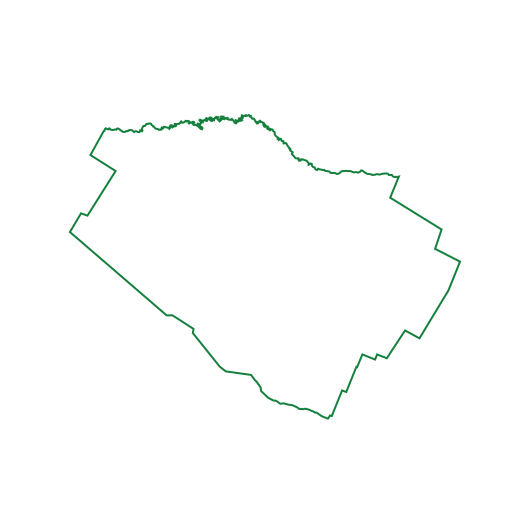 outline of Pelegrini, Santiago del Estero, Argentina, rotated 292°
{"feature_id": "61730980B89830542201766", "entity_name": "Pelegrini", "entity_type": "district", "adm_level": 2, "iso_a3": "ARG", "parent_name": "Argentina", "parent_adm1": "Santiago del Estero", "projection": "natural_earth1", "projection_center": [-63.861, -26.197], "detail": "fine", "context": "isolated", "style": "outline", "palette": "green", "viewbox_px": 512, "rotation_deg": 292, "n_neighbors": 0, "source": "geoboundaries", "source_scale": "gbopen_adm2", "svg_char_len": 6117}
<svg xmlns="http://www.w3.org/2000/svg" viewBox="0 0 512 512"><g transform="rotate(292 256 256)"><path d="M362.4,262.2L362.5,261.6L362.3,261.4L361.0,261.4L360.6,260.3L361.2,260.1L361.1,259.3L362.2,259.0L363.2,259.2L362.3,258.6L361.9,257.8L361.5,256.1L362.0,254.9L362.3,254.6L364.0,251.0L365.9,251.2L366.6,248.2L367.3,247.7L368.1,247.9L368.3,247.6L367.9,247.0L368.2,246.5L369.2,245.7L369.4,244.9L370.3,243.8L370.6,243.1L371.7,242.1L371.8,241.1L370.7,239.4L372.7,238.5L372.7,237.9L372.3,236.8L372.4,236.5L373.7,235.6L373.8,235.0L373.7,234.4L372.0,233.6L372.1,233.3L372.6,232.9L372.7,232.2L373.8,232.5L374.9,228.9L376.2,227.5L377.4,227.2L377.9,226.7L378.4,224.8L379.4,224.1L379.4,223.5L378.7,222.3L377.8,222.0L377.7,221.6L378.1,221.4L379.2,221.7L379.2,221.4L378.6,220.1L378.3,220.4L378.1,219.2L378.4,218.6L378.8,218.4L379.5,218.4L379.6,219.3L380.0,219.3L380.4,218.6L380.1,216.9L381.2,215.3L381.2,214.8L380.3,215.0L380.1,215.4L379.4,215.9L379.1,215.9L379.1,215.2L380.2,213.8L381.0,213.4L382.1,213.5L382.4,213.2L382.1,212.4L382.4,211.4L382.4,210.7L381.9,210.1L382.2,209.6L382.7,209.5L382.9,208.9L382.4,208.5L380.8,208.6L379.9,208.2L379.4,207.7L379.3,207.3L379.9,207.2L380.5,207.6L380.8,206.8L380.1,205.7L380.3,205.1L381.4,204.5L381.6,203.8L382.5,202.9L382.3,202.5L382.4,201.8L381.9,201.3L381.9,201.0L382.4,200.5L382.7,199.6L383.9,198.8L383.3,198.1L383.7,197.9L383.8,197.2L383.6,196.9L383.9,196.4L382.0,194.4L381.9,194.0L382.6,193.6L381.7,192.9L381.3,192.0L380.2,191.5L381.2,190.6L381.1,190.2L379.7,190.8L379.5,191.9L379.2,192.0L378.7,191.2L379.1,190.6L378.9,190.4L377.9,190.7L377.3,190.5L376.7,190.6L376.7,191.2L377.1,192.0L376.9,192.3L376.1,192.0L375.4,190.5L376.7,189.6L377.3,189.8L377.6,189.4L377.4,188.9L376.9,189.1L376.4,188.8L375.5,189.4L374.0,189.3L373.9,189.0L374.5,188.5L374.3,186.5L373.7,186.7L373.7,187.3L373.2,187.9L372.2,187.8L371.9,187.3L371.5,187.7L371.4,187.5L371.4,186.7L372.3,185.2L373.3,184.4L373.2,183.9L374.1,182.3L373.9,182.1L373.2,182.6L372.9,182.1L372.2,179.4L372.2,178.0L373.1,178.3L373.4,177.9L372.2,176.1L372.4,175.4L372.0,175.1L371.4,175.5L371.1,175.4L371.3,174.9L370.5,173.8L370.6,173.5L371.7,173.4L371.9,172.7L372.8,173.1L372.6,172.4L372.3,171.5L371.8,171.3L371.1,172.1L369.9,172.0L369.5,171.7L369.3,171.0L368.4,170.5L367.8,171.3L368.2,172.3L367.2,171.8L368.5,169.2L369.6,168.3L370.5,168.9L370.4,167.7L370.2,167.2L369.7,167.4L369.6,167.9L369.1,167.9L368.7,167.5L368.7,167.2L369.3,166.9L369.2,166.4L368.7,166.1L367.8,165.8L366.4,166.2L367.4,162.3L367.3,161.6L367.0,161.2L366.4,161.3L366.4,161.8L367.0,162.6L366.6,162.7L365.8,162.0L365.4,163.4L365.2,164.0L365.5,164.3L366.0,164.3L366.1,164.7L365.3,165.0L364.8,164.7L364.5,163.9L364.6,163.3L365.1,162.1L365.0,161.5L365.5,160.6L365.5,160.1L364.9,159.6L365.2,158.3L364.8,158.1L363.2,160.0L362.8,159.8L362.5,158.2L362.9,157.6L362.6,157.0L361.6,156.5L360.2,156.6L360.4,156.0L361.4,155.0L361.2,154.1L361.5,153.5L361.4,153.0L360.9,152.7L360.2,153.4L359.8,154.5L358.6,155.3L357.8,154.7L357.1,154.8L356.8,155.1L356.2,154.6L356.6,154.0L357.1,152.5L356.8,152.3L356.0,153.0L355.6,153.1L355.2,153.3L355.0,154.0L355.0,154.5L355.3,154.7L354.9,155.5L355.2,156.9L354.8,156.9L354.8,156.6L354.3,156.6L354.6,158.0L354.5,158.5L353.2,158.4L353.2,157.1L354.5,153.8L354.9,151.7L354.8,149.9L354.2,149.5L354.3,148.6L355.0,147.7L355.1,147.3L355.6,147.2L356.6,148.7L357.1,148.2L356.9,147.3L355.7,146.3L355.6,145.6L355.3,145.2L355.3,144.4L354.5,144.9L353.8,144.4L353.8,144.0L355.5,143.8L355.8,143.5L355.8,142.4L355.5,141.8L354.7,141.5L355.0,140.2L352.7,139.0L351.9,137.5L352.2,136.9L352.8,136.4L352.5,136.0L351.1,136.0L350.5,135.3L349.6,135.1L348.8,133.1L347.9,132.6L347.9,131.9L348.2,131.5L348.0,131.2L346.7,131.8L346.7,132.3L347.3,133.1L347.0,133.3L345.9,132.4L346.0,132.1L346.4,131.9L346.4,131.4L345.0,131.1L343.8,130.2L344.0,129.8L345.3,130.1L345.7,129.1L345.4,128.1L344.6,128.0L344.3,127.6L342.1,128.3L341.4,128.0L342.2,126.5L341.8,125.9L341.4,122.6L341.1,122.0L339.8,122.2L339.2,121.8L339.2,121.4L339.7,121.0L339.7,120.5L338.4,120.6L338.0,120.9L337.3,120.5L337.2,119.4L336.7,119.0L336.6,118.4L337.0,117.1L336.5,115.9L336.5,115.1L337.7,112.7L337.5,112.2L338.2,111.4L338.3,110.3L339.3,109.1L338.9,107.2L338.3,106.8L337.0,104.8L335.0,104.3L334.3,102.9L330.9,102.5L330.3,102.9L330.1,103.6L329.7,103.8L328.9,103.5L329.2,102.1L329.1,101.6L328.3,101.9L327.1,101.4L326.7,100.1L326.8,98.1L326.5,97.5L325.2,96.5L326.1,94.4L325.9,92.6L324.7,90.7L324.1,90.7L323.8,90.4L323.4,89.9L323.2,88.8L322.3,88.4L321.3,86.7L321.3,85.3L321.9,84.6L321.7,83.4L322.3,82.3L322.5,80.0L322.2,79.6L320.8,79.2L320.8,78.4L319.3,76.2L318.8,74.7L318.8,73.2L319.4,72.8L319.4,72.3L319.1,71.8L318.1,71.6L317.9,70.3L318.1,68.8L317.0,68.4L315.1,68.5L314.8,68.0L287.6,64.7L282.2,94.0L230.3,84.6L230.0,77.8L208.5,74.5L167.5,195.3L169.7,200.7L165.0,225.4L160.9,226.3L139.8,263.9L137.7,271.2L143.9,296.0L140.3,301.8L139.9,303.2L138.8,305.1L138.1,305.7L138.0,306.4L135.8,309.5L132.7,311.4L129.2,320.1L128.5,326.1L129.2,328.3L129.1,329.9L128.1,333.9L129.7,336.8L130.2,339.7L130.2,341.3L131.2,345.1L131.3,347.1L131.0,351.6L130.5,352.7L130.4,353.5L131.7,357.2L132.9,358.9L133.4,362.8L133.2,365.5L133.4,367.7L132.8,369.1L133.5,370.8L132.1,377.0L132.1,382.5L132.2,383.7L135.8,384.4L136.0,386.2L163.6,386.2L163.7,390.6L190.8,390.6L190.8,391.4L204.6,391.5L204.6,405.2L210.1,405.2L210.2,415.6L242.8,422.1L240.9,438.4L296.0,447.3L327.2,447.3L329.7,419.4L350.1,418.1L360.3,358.6L383.2,358.7L382.8,358.1L381.8,357.9L381.9,356.2L381.2,354.9L381.0,353.3L382.0,351.5L380.9,348.7L381.7,347.4L381.3,345.8L380.6,344.2L379.1,341.7L377.8,340.1L377.2,337.4L375.9,335.8L374.7,333.5L374.8,331.8L373.9,328.5L374.0,326.1L374.6,324.4L375.0,322.6L374.6,321.3L373.2,321.0L371.5,319.5L371.5,317.9L370.1,315.0L370.1,311.7L369.0,309.2L368.8,307.9L367.5,305.2L366.4,303.4L364.2,302.5L363.1,301.4L362.3,300.2L362.6,297.9L361.6,295.9L361.0,293.8L361.8,292.3L360.9,288.2L361.4,287.0L360.7,286.1L360.7,284.5L360.2,282.9L360.2,280.9L358.6,280.5L358.6,278.6L360.1,277.2L359.9,275.6L360.6,274.1L362.3,273.1L362.3,272.2L360.3,270.6L362.3,269.7L362.4,268.6L363.3,267.4L363.0,262.7L362.4,262.2Z" fill="none" stroke="#15803d" stroke-width="2"/></g></svg>